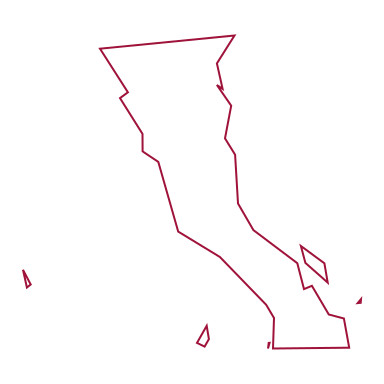 outline of Baja California
{"feature_id": "MEX-2706", "entity_name": "Baja California", "entity_type": "State", "adm_level": 1, "iso_a3": "MEX", "parent_name": "Mexico", "parent_adm1": "", "projection": "albers", "projection_center": [-114.611, 30.356], "detail": "coarse", "context": "isolated", "style": "outline", "palette": "rose", "viewbox_px": 384, "rotation_deg": 0, "n_neighbors": 0, "source": "natural_earth", "source_scale": "10m", "svg_char_len": 708}
<svg xmlns="http://www.w3.org/2000/svg" viewBox="0 0 384 384"><path d="M234.5,35.5L216.9,63.4L222.6,88.9L216.9,85.0L231.2,105.7L225.0,138.4L235.1,154.7L238.0,203.5L253.4,230.1L297.3,263.2L304.0,289.1L311.9,285.8L328.8,314.5L343.9,318.5L349.2,347.7L273.0,348.5L274.0,318.0L266.2,304.8L219.9,257.0L178.2,231.6L158.3,161.9L142.6,151.4L142.5,133.9L120.0,98.1L127.9,92.3L100.0,48.7L234.5,35.5ZM324.4,263.3L327.7,282.6L305.4,262.9L300.9,246.0L324.4,263.3ZM206.7,325.8L208.9,339.1L204.6,346.6L197.0,342.9L206.7,325.8ZM23.0,269.8L30.7,284.5L26.9,287.5L23.0,269.8ZM357.7,303.1L361.0,299.1L360.7,302.8L357.7,303.1ZM268.0,348.5L268.7,342.9L269.6,342.8L268.0,348.5Z" fill="none" stroke="#9f1239" stroke-width="2"/></svg>